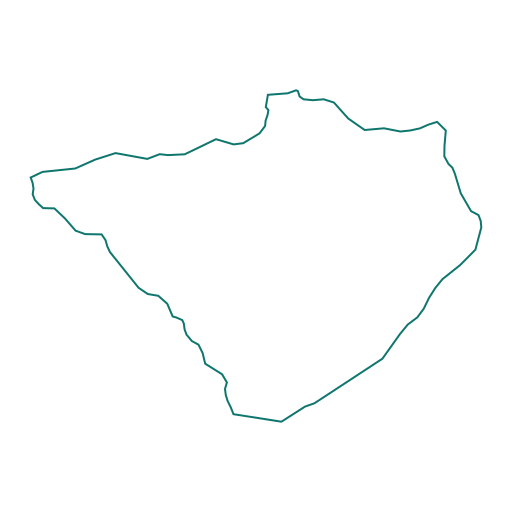 an SVG outline of Yozgat
{"feature_id": "TUR-3026", "entity_name": "Yozgat", "entity_type": "Province", "adm_level": 1, "iso_a3": "TUR", "parent_name": "Turkey", "parent_adm1": "", "projection": "orthographic", "projection_center": [35.159, 39.624], "detail": "fine", "context": "isolated", "style": "outline", "palette": "teal", "viewbox_px": 512, "rotation_deg": 0, "n_neighbors": 0, "source": "natural_earth", "source_scale": "10m", "svg_char_len": 1246}
<svg xmlns="http://www.w3.org/2000/svg" viewBox="0 0 512 512"><path d="M333.9,102.5L348.2,118.5L364.7,130.0L384.0,128.3L400.4,131.5L410.1,130.5L419.8,128.4L428.5,124.6L437.1,121.9L445.8,130.5L444.5,145.7L444.3,156.3L448.5,164.0L452.4,167.7L454.8,173.5L460.8,193.4L471.1,211.2L478.5,215.1L480.7,220.9L481.3,227.4L475.4,249.7L460.2,265.0L442.4,279.2L435.2,288.1L428.9,298.1L423.8,308.6L417.3,317.4L407.8,324.5L400.0,334.0L382.4,358.7L314.4,403.3L305.0,406.6L281.4,421.7L233.5,414.2L230.8,407.4L227.6,400.9L225.8,395.1L225.0,388.9L226.9,382.5L222.1,374.3L205.2,363.7L202.6,353.0L198.5,344.7L191.9,341.1L186.5,334.6L184.6,329.4L183.8,323.5L182.3,320.1L176.1,317.4L172.7,316.5L167.3,303.8L158.3,295.8L147.7,294.0L138.6,287.8L109.9,252.0L107.3,246.4L105.5,240.1L101.6,234.4L85.1,234.1L75.6,230.7L65.1,218.6L54.4,208.4L43.1,208.1L38.8,204.2L34.8,199.8L32.7,194.3L33.5,188.6L32.6,182.9L30.7,177.5L42.5,171.9L75.2,168.5L95.2,159.6L115.5,153.1L147.3,158.9L159.7,154.2L167.9,155.1L184.7,154.3L216.0,139.2L233.6,144.4L243.2,143.2L259.5,133.4L265.1,126.0L265.6,120.7L267.6,114.8L268.4,110.1L265.8,107.1L267.9,94.8L287.7,93.3L296.1,90.3L297.9,91.1L299.6,96.5L303.5,99.3L312.9,100.2L323.7,99.3L333.9,102.5Z" fill="none" stroke="#0f766e" stroke-width="2"/></svg>